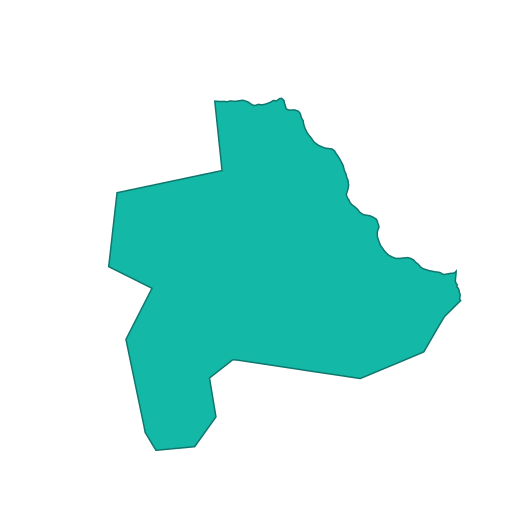 Floriano, Piauí, Brazil, rotated 65°
{"feature_id": "56859067B20449899107931", "entity_name": "Floriano", "entity_type": "district", "adm_level": 2, "iso_a3": "BRA", "parent_name": "Brazil", "parent_adm1": "Piauí", "projection": "orthographic", "projection_center": [-43.121, -7.002], "detail": "fine", "context": "isolated", "style": "filled", "palette": "teal", "viewbox_px": 512, "rotation_deg": 65, "n_neighbors": 0, "source": "geoboundaries", "source_scale": "gbopen_adm2", "svg_char_len": 1959}
<svg xmlns="http://www.w3.org/2000/svg" viewBox="0 0 512 512"><g transform="rotate(65 256 256)"><path d="M122.4,174.3L122.7,177.3L122.7,179.5L122.3,183.5L121.6,186.6L119.5,189.9L119.3,192.9L118.5,194.4L117.3,195.6L113.3,197.9L111.9,199.2L109.2,202.2L106.9,209.9L104.6,213.7L104.0,217.2L102.2,219.8L101.8,221.2L99.2,226.2L98.2,227.9L164.3,250.7L163.8,252.4L139.9,355.2L203.4,394.0L241.3,363.9L251.9,377.5L276.6,409.1L294.8,413.4L296.9,413.9L363.2,429.5L369.0,431.0L389.8,428.8L402.9,392.2L384.9,360.3L346.9,349.7L340.2,320.9L342.4,317.0L373.8,269.6L375.0,267.8L384.1,254.2L411.1,213.3L413.3,159.7L413.8,144.4L396.7,119.9L390.5,110.7L382.9,89.4L381.3,89.6L380.0,89.1L378.8,88.1L377.2,87.3L374.7,87.0L373.0,86.5L370.7,86.3L369.0,87.1L367.1,85.8L365.1,86.2L362.8,85.9L356.6,82.2L354.3,81.0L355.1,82.8L354.9,84.8L354.1,86.5L352.3,93.3L351.3,94.6L349.8,95.4L348.1,97.0L346.3,100.0L342.1,105.7L338.0,110.0L335.5,111.5L331.7,112.6L329.5,113.8L325.9,115.0L323.4,117.0L321.5,119.2L321.2,120.6L320.1,123.1L319.0,126.6L318.0,128.6L317.5,130.1L314.4,133.1L312.8,134.2L311.4,135.4L310.0,136.0L307.4,136.9L305.2,137.6L303.1,137.9L301.4,138.2L299.5,138.7L297.6,138.6L296.1,138.5L293.6,138.3L290.1,137.9L287.9,137.1L286.1,136.2L284.1,134.8L282.3,132.7L280.5,131.9L277.6,131.8L275.8,131.3L273.2,131.5L269.9,133.8L267.7,135.7L264.1,141.0L262.0,142.5L259.7,143.6L255.9,144.5L249.5,147.6L246.9,148.2L244.0,148.1L242.1,148.6L238.4,148.2L234.4,144.5L231.0,142.1L228.7,141.5L226.3,140.6L222.7,140.5L219.7,139.8L216.3,139.8L210.7,138.8L208.4,138.8L200.8,139.4L196.5,140.2L194.0,140.4L191.1,141.9L187.6,147.5L185.9,149.2L184.7,150.3L182.1,152.6L180.9,153.3L177.6,155.1L174.7,155.7L170.7,156.4L169.2,157.0L166.0,157.5L161.1,157.7L156.7,157.1L153.5,156.1L150.0,156.4L145.4,155.7L142.7,156.4L140.0,159.1L137.8,164.3L135.5,166.5L132.4,165.9L129.7,165.7L126.9,164.9L124.0,166.1L123.3,168.0L124.0,171.2L123.6,173.0L122.4,174.3Z" fill="#14b8a6" stroke="#0f766e" stroke-width="1.5"/></g></svg>